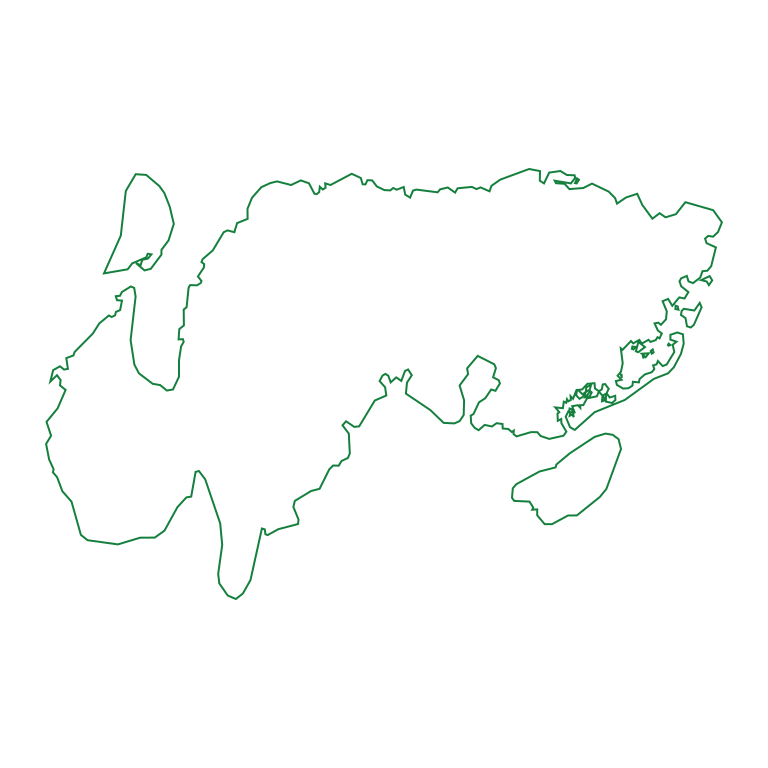 Temotu-Nende, Temotu, Solomon Islands
{"feature_id": "97153195B91208568213874", "entity_name": "Temotu-Nende", "entity_type": "district", "adm_level": 2, "iso_a3": "SLB", "parent_name": "Solomon Islands", "parent_adm1": "Temotu", "projection": "natural_earth1", "projection_center": [165.974, -10.758], "detail": "fine", "context": "isolated", "style": "outline", "palette": "green", "viewbox_px": 768, "rotation_deg": 0, "n_neighbors": 0, "source": "geoboundaries", "source_scale": "gbopen_adm2", "svg_char_len": 6119}
<svg xmlns="http://www.w3.org/2000/svg" viewBox="0 0 768 768"><path d="M721.9,222.3L713.2,210.2L685.4,202.2L675.9,214.2L665.5,217.3L659.6,213.2L652.4,218.7L642.3,204.9L637.2,193.8L626.0,197.5L617.0,203.6L615.1,198.1L608.7,191.6L592.0,183.6L583.3,188.0L569.4,189.1L564.6,183.8L556.0,183.2L554.7,180.7L570.9,183.4L575.2,177.9L574.6,175.3L566.9,175.0L560.4,171.0L549.2,172.6L544.0,183.4L539.8,180.7L540.0,171.1L529.1,169.0L500.3,179.6L491.5,185.8L489.5,191.3L480.5,187.4L476.5,189.1L471.9,186.9L457.6,188.3L455.1,192.6L447.8,187.5L440.2,189.3L437.6,192.3L416.4,189.6L413.0,190.6L410.1,197.6L405.2,194.6L403.7,187.0L396.7,189.7L393.2,188.0L390.3,190.4L384.4,190.1L376.8,186.4L372.2,180.4L367.4,180.2L365.5,184.4L362.7,184.3L360.8,178.0L351.7,173.8L330.5,185.0L325.2,183.4L325.6,187.7L322.8,189.5L319.8,186.7L319.2,192.1L316.7,194.1L314.4,193.7L309.0,183.3L300.8,180.4L291.1,185.0L277.0,181.4L270.2,183.1L261.3,187.2L252.0,197.8L247.5,208.8L247.6,218.9L237.1,223.1L234.4,232.2L227.5,230.4L223.7,232.2L212.8,250.4L202.6,259.2L201.5,262.1L204.2,264.1L203.9,267.5L197.9,276.5L201.5,281.0L200.7,283.0L197.1,285.3L190.1,285.1L188.6,287.7L186.6,307.2L183.7,309.6L183.9,325.4L179.3,329.1L178.6,339.4L182.9,339.2L183.7,341.9L181.1,346.4L179.0,360.2L179.0,376.7L173.0,389.5L166.8,390.5L160.2,385.1L152.7,383.8L139.0,373.4L134.4,364.7L130.6,340.1L135.6,296.5L134.2,287.9L130.8,286.5L121.9,292.0L120.0,295.8L115.8,296.2L117.0,300.2L122.0,300.6L120.1,310.1L115.9,311.9L115.1,315.3L111.7,317.0L108.9,315.5L99.3,323.4L92.8,333.6L74.6,352.0L73.4,355.5L66.3,358.1L67.9,368.8L64.1,369.6L60.0,366.3L53.2,370.1L50.3,381.6L57.0,375.2L60.6,380.1L60.0,385.4L65.6,389.9L57.6,408.4L46.5,421.9L51.1,435.7L46.1,443.9L49.1,459.4L53.6,469.3L52.9,472.3L57.1,477.2L62.4,491.3L71.5,501.6L80.9,534.9L87.6,540.2L117.9,544.4L140.1,537.7L154.8,537.6L164.5,530.6L177.4,507.2L186.4,497.4L191.2,496.6L195.6,471.9L198.9,471.0L205.2,479.3L220.2,523.4L222.2,544.8L218.2,573.9L219.3,583.4L227.7,595.5L235.9,599.0L242.9,593.5L250.5,580.0L261.9,528.5L264.8,529.4L265.4,534.2L267.6,535.1L278.3,529.2L298.1,524.0L298.5,519.5L293.4,507.0L294.8,500.9L311.1,491.0L319.6,488.8L329.3,469.3L333.1,465.5L338.7,465.7L341.5,461.0L347.9,458.0L349.8,453.5L348.8,433.6L342.5,425.3L346.1,421.3L354.3,426.9L359.2,426.3L374.8,400.5L386.3,395.5L385.1,387.2L379.6,381.1L382.5,375.6L385.4,373.9L388.3,375.7L390.7,382.4L396.2,377.4L401.3,380.9L405.0,371.0L408.1,369.5L411.8,375.2L407.0,382.6L405.9,393.6L430.4,410.1L443.7,422.9L454.4,423.4L459.6,421.1L463.7,415.0L464.1,400.3L459.6,385.5L468.1,374.1L467.1,368.4L477.7,355.9L494.3,364.3L495.9,368.1L493.1,377.3L498.7,380.2L499.9,383.4L495.5,390.8L491.2,389.5L485.3,398.2L479.0,402.3L473.5,414.0L470.7,415.7L471.2,423.3L474.7,427.9L478.6,430.2L484.7,424.9L491.9,426.5L496.6,423.2L502.5,424.0L502.7,428.5L508.3,429.0L511.8,432.0L513.8,430.6L513.5,434.0L516.5,436.4L531.1,432.1L537.4,432.2L540.6,436.0L549.2,438.9L563.5,435.7L566.4,431.7L561.4,423.2L561.2,419.0L557.8,420.8L557.5,413.6L559.3,412.2L555.3,407.4L562.9,408.2L563.8,401.7L566.2,402.8L567.0,399.2L568.3,401.3L570.8,400.0L570.6,396.2L573.0,398.8L576.5,390.0L582.1,389.5L587.4,383.8L594.5,383.2L595.0,388.5L598.9,391.2L601.8,389.4L602.7,384.5L605.0,384.0L608.7,388.8L606.6,393.3L609.7,397.5L615.2,395.8L615.4,400.0L612.2,403.0L605.9,401.6L606.0,393.7L603.2,395.2L604.6,400.4L602.0,401.3L602.5,395.7L598.9,391.5L596.9,396.3L587.0,398.4L583.3,405.1L580.1,405.2L580.3,407.8L577.9,405.2L572.2,406.2L574.6,412.4L573.0,412.9L573.8,417.1L572.1,414.5L569.7,415.8L570.3,413.1L568.3,411.5L565.7,416.7L570.0,427.2L574.8,429.9L594.6,412.2L624.9,399.9L653.8,378.9L668.1,373.3L673.9,367.2L680.9,354.0L683.7,343.7L682.9,334.3L677.3,332.5L670.4,334.8L670.4,339.6L676.5,341.7L672.7,344.7L674.3,352.0L666.7,364.5L662.7,366.1L657.9,361.0L656.6,364.3L653.1,365.4L654.3,369.1L651.8,372.2L644.9,374.4L639.6,379.0L638.9,382.4L632.9,381.8L632.4,385.7L628.4,388.2L623.2,388.6L616.9,384.9L615.9,381.0L621.5,379.8L617.6,375.7L621.0,371.6L622.7,363.2L620.8,348.3L622.6,349.8L631.0,341.0L633.2,343.4L639.3,339.9L641.8,343.6L648.5,339.8L650.5,341.9L655.7,340.1L657.5,337.2L659.5,338.4L661.8,333.5L657.8,330.4L654.6,323.4L658.3,322.7L660.9,324.8L666.0,319.3L666.8,311.4L662.6,301.2L668.1,298.9L672.3,305.8L679.3,297.4L684.5,298.5L688.4,292.1L681.2,286.3L679.5,281.3L681.1,278.4L686.8,275.9L688.5,281.4L693.0,283.1L700.2,277.6L702.5,271.2L707.4,270.7L711.2,266.1L715.9,247.4L706.6,243.2L705.1,238.6L708.2,235.9L713.0,236.7L718.0,232.1L721.9,222.3ZM621.0,449.0L618.6,439.2L612.7,434.8L605.4,433.6L594.6,436.9L569.8,453.3L556.4,464.5L555.6,467.4L539.5,471.5L516.3,484.2L512.8,488.3L512.0,497.8L514.2,500.9L529.5,501.6L533.2,507.5L532.2,509.7L537.2,509.4L537.2,515.3L544.6,524.1L552.1,524.1L568.0,515.5L576.9,515.4L599.8,497.0L606.4,488.9L621.0,449.0ZM173.8,223.9L169.7,206.6L164.4,193.1L159.4,186.1L146.2,174.9L135.7,174.2L125.8,191.0L120.8,235.6L104.0,273.4L127.7,269.3L132.2,263.4L146.3,257.3L147.7,253.8L151.4,254.4L147.9,258.6L142.3,259.8L140.6,265.2L136.0,263.1L144.5,270.4L150.8,268.8L161.4,254.7L161.5,249.8L168.5,240.5L173.8,223.9ZM701.6,307.3L699.7,302.9L694.4,310.5L683.8,308.8L681.6,311.0L681.0,315.0L685.5,318.1L687.0,326.3L690.8,327.5L693.9,324.8L701.6,307.3ZM712.2,280.4L709.7,276.1L701.2,280.1L706.7,281.5L708.9,285.2L712.2,280.4ZM645.0,347.1L638.4,341.9L635.9,351.3L638.2,352.2L645.0,347.1ZM584.4,396.0L578.4,390.3L576.9,390.7L576.2,395.3L579.5,398.8L584.4,396.0ZM591.7,392.4L590.3,391.2L585.6,397.2L589.8,396.3L591.7,392.4ZM591.1,384.9L586.2,387.3L586.0,392.0L589.7,389.7L591.1,384.9ZM645.7,357.2L648.7,353.3L641.8,353.7L645.7,357.2ZM678.5,309.7L677.7,306.4L675.6,305.7L675.4,309.0L678.5,309.7ZM572.9,412.2L571.8,409.3L569.6,408.5L569.1,412.1L572.9,412.2ZM579.0,179.8L577.1,178.4L575.0,183.1L576.6,183.4L579.0,179.8ZM653.6,352.5L652.7,349.4L650.7,351.0L651.8,353.7L653.6,352.5ZM584.7,395.9L585.7,391.9L583.4,393.8L584.7,395.9ZM635.6,346.9L632.4,346.5L631.9,348.8L633.5,349.5L635.6,346.9ZM643.4,358.5L643.7,355.7L642.9,356.0L643.4,358.5ZM670.3,345.0L668.7,343.6L667.9,345.0L668.4,345.7L670.3,345.0ZM621.8,377.8L621.6,374.7L620.9,374.5L621.8,377.8Z" fill="none" stroke="#15803d" stroke-width="2"/></svg>